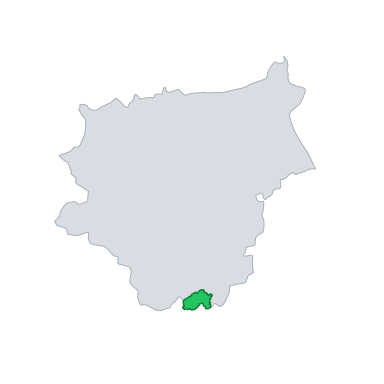 Rasony, Vitebsk, Belarus shown in context, rotated 162°
{"feature_id": "67162791B65560195088656", "entity_name": "Rasony", "entity_type": "district", "adm_level": 2, "iso_a3": "BLR", "parent_name": "Belarus", "parent_adm1": "Vitebsk", "projection": "orthographic", "projection_center": [28.698, 55.907], "detail": "fine", "context": "in_parent", "style": "filled", "palette": "green", "viewbox_px": 384, "rotation_deg": 162, "n_neighbors": 0, "source": "geoboundaries", "source_scale": "gbopen_adm2", "svg_char_len": 7242}
<svg xmlns="http://www.w3.org/2000/svg" viewBox="0 0 384 384"><g transform="rotate(162 192 192)"><path d="M306.8,268.0L301.1,267.9L294.4,268.3L290.7,271.1L286.5,270.0L283.6,271.5L277.1,279.0L274.6,283.0L272.3,289.1L270.9,293.6L271.8,296.7L273.1,299.6L273.5,302.7L274.2,305.2L272.5,307.0L271.6,309.6L268.7,309.2L265.2,306.8L264.4,303.3L261.6,300.9L259.8,299.6L256.9,299.5L252.2,300.7L246.1,301.7L241.5,302.0L239.0,303.3L235.3,304.6L233.9,303.1L231.8,299.1L230.1,295.1L228.9,293.3L227.9,292.8L226.6,292.9L225.2,294.2L224.1,295.5L220.3,297.1L218.6,298.5L216.7,302.2L215.5,302.0L214.2,301.1L212.8,297.0L210.7,296.0L207.5,295.9L203.5,295.0L200.3,293.7L199.1,294.0L197.2,295.8L195.1,296.0L190.5,294.4L189.6,295.1L186.9,299.6L185.7,299.9L185.0,299.3L185.4,295.3L182.8,293.8L178.3,293.6L175.2,294.1L173.6,293.9L172.8,293.1L169.1,286.3L167.1,285.9L163.5,286.1L158.1,285.1L152.0,283.5L148.6,282.8L146.9,281.2L143.1,280.6L133.0,277.4L128.9,276.7L122.8,276.4L113.5,275.4L107.5,275.4L104.7,276.2L101.4,276.6L90.3,276.7L86.3,277.2L85.1,278.5L83.6,281.5L78.7,286.5L74.0,289.8L73.2,290.0L70.7,288.0L68.6,287.2L66.1,286.8L64.2,287.3L63.0,288.1L62.9,292.2L62.6,292.5L61.0,287.5L61.5,283.1L62.7,280.7L64.2,278.5L63.9,275.1L65.5,270.7L65.8,267.5L65.3,266.0L64.4,264.3L61.7,262.3L60.5,260.8L56.8,258.6L53.1,256.0L52.6,254.5L52.8,253.6L53.6,252.1L56.8,248.0L60.3,244.0L62.4,242.5L73.5,237.8L75.3,236.0L75.9,232.9L76.2,226.4L75.9,220.4L75.4,216.3L73.9,208.5L69.5,192.2L67.5,175.6L69.5,176.7L74.5,177.4L78.5,176.6L80.5,176.6L82.3,177.0L87.6,176.5L88.8,178.0L91.0,179.5L95.7,177.9L99.8,175.8L104.0,176.3L104.7,175.2L106.0,169.4L107.3,168.2L112.3,169.1L114.2,168.1L116.3,165.4L119.3,163.7L121.7,163.9L124.4,162.0L125.6,163.4L126.1,165.8L125.2,167.7L125.5,168.5L127.2,169.5L130.3,169.6L132.2,168.9L132.7,167.8L132.8,165.8L132.4,163.9L131.2,162.3L128.8,161.3L127.1,161.2L126.9,160.2L127.6,158.0L129.2,154.1L131.2,150.5L132.4,149.2L132.6,147.9L132.5,145.7L132.6,141.8L134.5,136.3L136.8,132.2L139.8,131.0L143.4,130.4L145.8,128.5L147.0,126.2L148.1,122.7L149.2,122.0L157.8,122.7L159.2,119.2L159.9,118.2L161.6,117.2L162.8,116.0L162.4,115.0L160.2,114.3L155.1,113.6L154.1,112.3L154.5,110.9L156.0,107.3L157.4,102.6L158.2,98.9L158.3,96.7L159.1,96.2L163.2,95.6L164.6,94.9L168.3,90.0L171.0,89.2L178.0,90.6L181.2,90.6L185.3,91.0L185.6,90.5L187.1,85.6L194.1,77.7L197.8,75.0L200.1,74.4L200.9,74.6L204.6,78.8L205.4,79.0L207.9,77.2L212.1,77.1L214.1,78.5L216.9,83.7L218.4,84.3L222.5,81.4L224.8,80.4L226.3,80.5L234.1,84.4L234.7,85.7L234.7,87.2L233.6,91.9L235.2,94.7L237.1,96.7L241.1,93.4L242.6,92.5L244.2,92.4L246.4,91.2L247.9,89.4L249.4,88.7L252.3,89.1L257.4,88.6L263.6,91.2L264.1,92.1L267.2,95.3L268.3,96.9L269.3,97.4L271.0,99.0L273.2,99.9L274.7,99.6L275.4,100.1L276.1,101.4L276.3,103.5L276.2,109.7L274.1,113.0L273.9,114.2L274.0,115.5L275.9,118.1L278.2,122.2L278.8,124.6L278.9,126.4L276.0,131.8L275.0,133.1L274.4,135.7L274.1,138.4L274.3,139.5L279.6,143.6L283.5,145.7L284.4,146.8L284.5,147.5L282.7,152.1L282.5,153.3L285.7,155.1L287.5,158.0L289.2,162.8L292.3,167.3L303.6,173.6L304.6,174.8L305.0,176.2L304.8,179.4L303.0,185.5L304.9,186.3L309.8,185.8L315.8,186.3L323.1,190.2L323.3,192.1L322.6,193.9L323.2,195.7L324.1,197.2L330.5,201.6L331.2,203.0L331.4,205.3L331.4,207.0L329.7,207.5L327.8,208.4L324.8,210.6L323.7,213.5L318.8,217.7L315.7,219.7L313.2,219.9L307.2,219.4L305.0,217.5L304.1,215.7L301.8,215.0L298.7,215.1L294.5,215.6L293.7,216.1L293.1,218.4L291.4,222.2L290.2,224.4L295.9,231.7L298.7,234.6L299.6,236.5L299.6,237.8L298.4,239.5L298.7,242.6L301.5,246.7L300.7,247.4L300.6,252.6L300.9,258.0L301.6,259.3L303.1,260.4L304.4,262.3L306.6,266.8L306.8,268.0Z" fill="#d9dde1" stroke="#a8b0b8" stroke-width="1"/><path d="M233.7,91.5L233.8,91.1L233.9,90.5L234.4,90.0L234.6,89.2L234.5,88.7L234.4,88.0L234.7,87.6L235.0,87.0L234.7,86.6L234.6,86.2L234.7,85.8L235.3,85.7L236.1,85.6L236.6,84.8L236.5,84.4L236.3,84.1L235.6,83.9L235.6,83.5L235.8,82.9L235.5,82.7L234.7,82.6L234.0,82.6L233.4,82.6L233.0,82.1L232.7,81.7L231.9,81.5L231.2,81.5L230.6,81.6L229.8,81.8L229.5,81.5L229.5,80.7L229.3,80.3L228.9,79.9L228.3,79.7L227.8,79.9L227.2,80.0L226.8,79.7L226.2,79.5L225.3,79.5L224.5,79.8L224.1,80.2L223.6,80.4L222.8,80.5L222.1,80.9L221.8,81.5L220.7,81.8L220.0,82.3L219.9,83.3L219.5,83.3L218.7,83.0L218.0,83.1L217.3,83.3L216.7,83.4L216.5,83.0L216.2,82.5L216.2,81.8L216.1,80.8L216.1,80.2L215.9,79.6L215.3,79.4L215.0,79.1L214.7,78.4L214.7,77.9L214.8,77.5L215.2,77.1L215.1,76.8L214.5,76.8L213.9,76.6L213.5,76.2L213.0,76.0L212.4,76.1L211.6,76.2L210.5,76.3L209.7,76.5L209.5,77.4L209.5,77.5L209.4,77.8L209.4,78.0L209.3,78.3L209.2,78.6L209.2,78.8L209.1,79.1L209.1,79.3L209.1,79.6L209.4,79.8L209.6,79.7L209.8,79.7L210.0,79.5L210.1,79.3L210.3,79.4L210.3,79.5L210.2,79.8L210.1,80.1L209.9,80.4L209.7,80.4L209.4,80.3L209.2,80.4L209.1,80.5L208.9,80.7L208.7,80.9L208.7,81.1L208.9,81.2L209.0,81.3L209.3,81.4L209.3,81.6L209.3,81.9L209.2,82.1L209.1,82.3L209.0,82.5L208.8,82.6L208.8,82.8L208.8,83.0L208.8,83.4L208.8,83.5L208.7,83.7L208.6,84.0L208.4,84.2L208.2,84.1L207.9,84.1L207.7,84.1L207.4,84.3L207.4,84.5L207.4,84.8L207.5,84.9L207.6,85.0L207.5,85.3L207.3,85.4L207.1,85.5L206.9,85.5L206.7,85.6L206.4,85.8L206.4,86.0L206.3,86.3L206.3,86.8L206.3,87.1L206.2,87.2L205.9,87.4L205.7,87.4L205.4,87.4L205.3,87.2L205.3,86.9L205.1,86.9L204.9,86.9L204.8,87.1L204.7,87.5L204.7,87.8L204.7,88.0L204.8,88.3L204.8,88.5L205.0,88.6L205.3,88.6L205.5,88.3L205.6,88.1L205.8,88.0L206.0,88.1L206.0,88.3L205.9,88.4L205.8,88.6L205.7,88.8L205.8,88.9L206.0,89.0L206.2,89.4L206.3,89.5L206.5,89.4L206.7,89.2L206.8,89.1L207.0,89.1L207.4,88.8L207.5,88.8L207.8,88.9L207.9,89.0L208.0,89.0L208.3,88.9L208.4,88.7L208.5,88.7L208.6,88.9L208.7,89.0L208.8,89.2L208.8,89.3L208.8,89.5L208.8,89.9L209.1,89.9L209.2,90.0L209.3,90.1L209.4,90.3L209.5,90.5L209.4,90.5L209.2,90.7L209.1,90.8L209.3,91.0L209.4,91.4L209.4,91.5L209.5,91.7L209.6,91.8L209.9,91.8L210.0,91.8L210.3,91.9L210.4,92.1L210.5,92.2L210.6,92.3L210.8,92.4L210.9,92.5L211.1,92.6L211.3,92.7L211.4,92.9L211.3,93.1L211.2,93.3L211.0,93.5L210.9,93.7L210.9,93.8L210.9,94.1L211.0,94.4L211.0,94.6L211.4,94.7L211.4,94.9L211.4,95.1L211.4,95.4L211.5,95.5L211.9,95.6L212.0,95.6L212.3,95.6L212.6,95.7L212.7,95.8L212.8,95.9L212.9,96.0L213.1,96.0L213.3,96.0L213.4,95.9L213.6,95.9L213.9,95.9L214.0,95.9L214.1,96.0L214.3,96.0L214.6,95.9L214.8,95.8L215.0,95.7L215.4,95.7L215.6,95.7L215.8,95.6L216.0,95.5L216.3,95.4L216.5,95.4L216.6,95.1L216.7,94.9L216.8,94.9L217.0,94.8L217.0,94.7L217.2,94.4L217.3,94.4L217.4,94.5L217.5,94.5L217.9,94.4L218.0,94.2L218.3,94.0L218.5,94.2L218.9,94.3L219.0,94.4L219.1,94.5L219.1,94.9L219.1,95.1L219.2,95.3L219.4,95.5L219.5,95.6L219.8,95.6L220.1,95.5L220.4,95.5L220.7,95.4L220.9,95.3L221.2,95.2L221.4,95.2L221.5,95.1L221.9,95.1L222.2,95.1L222.3,95.1L222.5,95.0L222.7,94.9L222.9,94.9L223.1,94.9L223.4,94.8L223.5,94.7L223.9,94.7L224.0,94.6L224.3,94.4L224.4,94.1L224.4,93.9L224.5,93.7L224.8,93.7L225.0,93.7L225.1,93.4L225.3,93.3L225.6,93.3L226.0,93.3L226.5,93.3L226.9,93.3L227.3,93.3L227.5,93.3L227.7,93.2L227.8,92.9L228.0,92.8L228.1,92.7L228.3,92.6L228.6,92.6L228.9,92.6L229.5,92.5L230.2,92.5L230.7,92.5L231.1,92.5L231.2,92.4L231.3,92.4L231.5,92.2L231.8,91.9L232.0,91.8L232.2,91.7L232.3,91.7L232.7,91.6L232.9,91.5L233.2,91.5L233.7,91.5Z" fill="#22c55e" stroke="#15803d" stroke-width="1.5"/></g></svg>